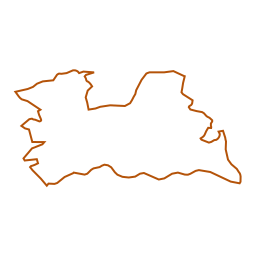 map outline of Utrecht (Robinson projection)
{"feature_id": "NLD-3484", "entity_name": "Utrecht", "entity_type": "Province", "adm_level": 1, "iso_a3": "NLD", "parent_name": "Netherlands", "parent_adm1": "", "projection": "robinson", "projection_center": [5.188, 52.113], "detail": "fine", "context": "isolated", "style": "outline", "palette": "amber", "viewbox_px": 256, "rotation_deg": 0, "n_neighbors": 0, "source": "natural_earth", "source_scale": "10m", "svg_char_len": 2186}
<svg xmlns="http://www.w3.org/2000/svg" viewBox="0 0 256 256"><path d="M184.7,76.2L184.7,76.4L183.1,82.9L182.2,88.6L181.5,92.3L183.0,94.2L192.6,100.3L192.1,103.6L191.2,105.0L189.4,106.1L189.0,106.5L188.8,107.2L190.4,109.5L196.6,111.1L202.1,112.1L203.9,113.2L206.3,115.9L207.3,116.7L209.5,117.8L211.5,119.6L212.2,120.3L212.2,121.5L210.9,123.5L210.9,125.8L211.2,126.9L211.2,127.6L211.1,128.0L208.2,127.8L206.2,131.2L204.6,134.8L203.9,135.9L202.6,137.1L200.6,138.4L201.0,139.1L201.5,139.7L208.9,142.6L211.3,141.9L214.1,140.2L215.0,140.0L216.1,139.9L217.1,139.3L218.1,138.4L219.2,136.8L219.6,135.5L219.8,134.1L218.6,131.6L223.0,130.8L225.2,137.6L225.5,139.5L226.0,141.4L225.7,149.4L228.0,159.6L231.4,164.3L236.8,168.9L238.7,171.9L239.8,173.4L240.3,174.8L240.6,176.5L240.5,181.8L239.6,183.3L230.7,181.6L210.3,172.0L198.9,170.1L195.6,170.9L190.3,173.8L187.9,174.7L184.9,174.6L177.9,172.6L172.1,173.7L164.3,178.4L158.8,179.5L143.9,173.0L140.0,173.7L135.2,176.6L128.8,177.5L124.9,177.1L122.4,176.8L117.4,174.7L114.9,172.3L111.2,167.3L108.0,165.3L104.4,164.7L101.9,165.7L99.6,167.1L93.5,168.4L91.2,169.8L87.3,173.7L84.6,174.6L73.7,172.6L73.1,173.2L64.6,177.0L57.2,183.0L54.5,183.9L48.5,183.6L46.8,185.7L40.9,178.7L32.5,170.2L30.1,167.1L31.0,166.1L32.7,165.6L34.6,164.9L38.0,163.3L36.8,159.2L24.7,160.5L23.5,158.4L32.0,148.4L42.4,144.3L44.3,142.1L32.3,142.0L29.0,129.5L25.0,128.4L21.4,125.9L23.0,124.5L29.3,119.2L30.6,118.9L32.0,118.7L32.8,119.2L33.7,119.5L35.1,119.7L39.4,121.4L40.5,121.1L41.1,120.5L41.1,119.7L40.7,118.6L39.1,114.9L38.0,111.2L40.4,109.7L27.5,101.1L21.7,99.3L20.1,98.0L18.8,96.5L15.4,91.8L27.7,89.0L33.0,86.9L37.0,83.7L42.8,81.4L53.3,80.3L57.0,74.8L57.8,74.2L59.0,73.6L61.5,73.8L66.6,73.1L73.1,70.3L75.0,70.3L76.6,70.8L77.9,71.6L79.1,73.1L83.4,71.6L94.1,72.4L86.0,74.9L84.7,76.4L85.6,77.9L86.0,78.9L86.3,80.2L86.7,80.9L87.3,81.4L88.1,81.7L89.0,82.4L89.6,83.0L90.1,83.6L90.8,84.4L92.1,86.4L87.7,90.6L85.7,97.4L87.2,102.5L88.6,109.6L95.5,108.5L100.2,106.8L110.2,105.3L124.9,106.0L130.1,103.2L132.0,100.1L133.8,96.6L135.3,94.1L136.2,90.2L141.6,79.8L146.4,73.5L147.6,73.0L149.6,72.3L164.4,72.3L173.4,71.1L184.1,76.1L184.7,76.2Z" fill="none" stroke="#b45309" stroke-width="2"/></svg>